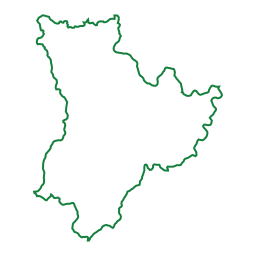 outline of Botumirim, Minas Gerais, Brazil
{"feature_id": "56859067B82959526320551", "entity_name": "Botumirim", "entity_type": "district", "adm_level": 2, "iso_a3": "BRA", "parent_name": "Brazil", "parent_adm1": "Minas Gerais", "projection": "mercator", "projection_center": [-43.005, -16.951], "detail": "fine", "context": "isolated", "style": "outline", "palette": "green", "viewbox_px": 256, "rotation_deg": 0, "n_neighbors": 0, "source": "geoboundaries", "source_scale": "gbopen_adm2", "svg_char_len": 5639}
<svg xmlns="http://www.w3.org/2000/svg" viewBox="0 0 256 256"><path d="M87.8,240.6L89.0,240.5L89.7,239.4L90.2,238.1L91.1,237.0L93.5,234.2L94.7,233.1L96.3,232.2L99.1,230.1L100.7,229.6L102.3,226.9L103.4,226.0L104.8,225.3L106.6,225.0L108.1,225.6L109.8,225.8L111.3,227.1L112.8,227.9L113.9,226.7L114.4,225.1L115.2,223.7L116.4,222.8L117.1,221.5L120.1,219.4L120.7,217.9L120.9,216.4L120.5,215.0L119.4,213.8L118.9,212.2L119.3,210.7L119.0,208.7L119.8,207.6L121.2,206.8L121.9,205.5L121.4,203.6L121.7,201.9L123.3,199.7L124.0,198.2L125.0,196.7L126.0,195.3L127.0,193.3L127.5,191.6L128.7,191.2L129.8,190.7L130.9,189.7L133.0,188.4L133.9,187.6L134.9,186.6L136.2,185.7L138.0,185.3L139.6,184.8L140.1,181.1L142.0,178.6L142.1,176.9L143.1,174.4L144.4,170.3L144.3,168.5L144.4,166.3L145.0,164.8L146.2,164.6L147.2,165.6L147.4,166.8L148.0,168.3L149.1,169.0L149.9,170.0L151.3,169.7L152.3,168.7L153.0,167.6L153.1,165.5L153.9,164.5L155.1,164.4L156.3,164.8L159.4,164.8L160.4,167.5L161.5,168.2L164.2,170.3L166.0,170.6L168.0,170.6L167.8,169.1L167.1,167.8L167.6,166.6L169.1,166.7L170.6,166.7L172.3,166.7L173.8,166.5L177.0,165.1L178.9,165.3L180.7,165.0L182.5,162.4L183.7,161.3L184.1,159.9L185.2,158.7L186.7,158.3L188.4,157.6L192.4,155.0L193.8,155.4L195.4,156.2L196.4,155.3L196.4,153.2L196.0,151.6L194.5,149.2L194.1,148.1L195.3,145.5L196.3,144.3L197.4,141.1L198.6,139.5L202.3,140.3L203.8,139.6L206.1,137.2L206.8,135.9L207.4,133.7L207.3,131.7L204.9,128.7L203.6,127.5L203.1,126.0L204.1,124.7L205.9,124.7L207.1,125.1L208.4,125.2L210.3,124.9L211.3,123.5L211.8,120.5L209.8,117.8L211.1,116.1L212.6,115.1L213.3,114.2L214.7,111.7L215.8,110.4L216.0,108.7L214.8,107.3L213.7,106.3L213.0,105.1L212.0,102.0L211.3,100.5L212.1,99.1L213.1,98.1L214.3,97.6L216.1,97.6L217.6,98.3L219.2,98.0L221.0,97.0L221.9,95.4L221.6,93.8L219.6,90.5L218.8,89.5L218.3,88.3L219.1,86.6L217.3,86.8L215.7,86.6L212.6,85.6L211.5,85.9L210.0,88.1L209.1,89.9L208.5,92.0L207.4,92.6L204.8,93.2L201.5,94.5L200.1,94.8L198.5,93.9L196.4,91.1L194.7,90.5L193.6,91.1L191.8,93.6L191.0,95.1L190.0,95.7L187.9,95.9L186.8,95.8L185.6,95.1L183.7,94.2L182.9,92.5L181.8,92.3L182.4,90.6L181.1,85.1L181.0,83.8L179.9,82.5L178.5,80.9L177.4,79.5L176.2,78.2L175.7,77.1L174.4,75.5L174.9,72.3L174.4,70.2L173.6,68.9L172.3,68.9L169.9,68.1L168.3,68.0L167.0,67.5L165.5,67.9L164.6,69.5L164.3,70.7L163.1,71.9L162.3,73.4L161.3,74.7L159.4,76.1L157.9,77.5L157.3,79.3L157.8,81.3L157.7,82.8L157.4,84.1L156.7,85.2L155.5,85.8L153.8,85.7L152.3,85.4L149.3,83.4L147.7,83.5L146.5,82.8L145.2,81.7L144.0,80.4L143.5,78.7L142.7,77.6L141.7,76.5L140.4,75.9L139.4,74.4L138.9,73.0L138.6,71.5L138.0,70.0L137.8,68.7L137.0,66.3L137.4,63.6L136.9,62.0L135.3,60.6L133.7,59.7L132.8,58.9L132.0,58.0L131.2,56.6L130.0,55.1L126.9,53.6L123.8,53.6L120.9,53.0L116.8,52.4L115.2,51.7L114.0,50.3L113.6,48.8L113.9,47.0L115.5,43.9L116.3,43.1L118.4,41.6L119.2,40.4L120.0,37.3L120.9,36.1L120.0,34.6L119.2,33.5L119.4,32.2L118.4,29.3L118.3,27.8L119.5,26.4L119.9,24.7L119.0,23.6L117.8,23.1L118.8,19.3L118.7,17.2L117.4,15.6L115.7,15.4L114.5,15.4L114.7,17.0L114.5,19.0L112.8,18.7L110.3,19.0L109.0,19.8L108.1,20.8L107.0,21.5L105.6,22.2L103.9,22.2L102.9,21.3L101.7,21.5L100.3,21.4L99.0,21.6L97.9,22.4L97.2,23.3L96.9,25.1L95.8,25.3L94.2,24.2L92.8,22.7L90.1,23.3L88.5,22.7L88.1,19.5L87.1,20.6L86.4,22.0L85.2,22.6L83.8,22.4L84.5,23.7L84.6,25.1L83.1,26.0L81.5,26.0L79.8,26.1L78.1,26.8L76.4,26.8L75.1,26.3L73.8,27.8L72.1,27.8L71.0,27.1L69.8,27.1L68.3,27.5L67.4,26.3L67.9,24.9L67.0,23.6L67.4,22.5L66.8,21.2L65.0,21.1L63.9,21.6L63.4,22.7L62.1,22.5L61.1,21.5L59.6,21.7L59.1,23.2L58.1,23.6L56.3,23.4L54.6,22.7L52.3,20.7L51.1,20.0L49.8,18.8L49.1,16.9L47.8,16.5L46.5,16.3L45.0,15.7L43.4,15.4L42.2,15.5L40.7,16.7L39.4,17.3L38.4,18.2L38.0,19.3L37.1,20.7L38.3,22.5L39.7,24.0L40.1,25.5L40.1,26.7L40.6,28.0L40.6,29.4L41.3,30.5L42.4,30.2L43.5,31.0L43.2,32.7L43.9,33.9L42.5,36.4L41.5,37.3L40.1,37.9L38.3,38.2L37.2,39.6L36.8,42.0L37.0,43.3L37.8,44.3L39.4,44.0L42.6,44.4L43.5,46.4L44.8,47.3L44.7,48.7L47.1,50.9L47.5,52.5L47.7,53.8L47.4,55.3L48.0,56.6L49.1,57.3L50.8,59.9L51.1,63.1L51.5,64.5L52.0,67.7L51.9,69.1L51.5,70.2L51.4,72.2L52.4,73.5L53.1,75.2L53.4,77.0L54.3,78.0L55.4,78.8L56.7,80.1L56.9,83.2L56.1,84.9L55.8,86.4L55.7,87.7L56.3,89.4L58.3,89.2L59.7,89.6L60.4,90.5L60.1,92.1L60.4,93.7L61.4,94.9L62.5,96.4L64.2,97.2L65.2,98.5L66.3,100.7L67.2,102.0L66.2,107.8L66.1,109.8L65.8,111.4L67.8,115.3L67.6,116.6L67.5,118.0L66.2,119.4L64.7,119.9L63.3,120.7L63.3,122.1L64.5,122.8L65.1,124.2L65.2,125.9L64.6,127.8L64.2,129.6L64.6,130.8L65.3,132.4L65.1,134.2L63.6,135.8L63.1,137.7L62.3,139.5L60.9,140.3L59.5,140.3L57.9,140.2L56.5,140.7L55.0,140.9L53.5,141.8L52.2,144.3L51.4,145.4L50.7,146.6L50.7,147.9L50.0,149.2L48.9,150.6L47.8,151.7L47.2,152.7L46.1,153.6L45.6,155.4L45.5,157.4L44.4,159.2L43.7,160.9L43.3,162.9L43.1,165.2L43.1,167.0L43.0,168.3L43.2,169.4L44.3,172.3L44.3,173.6L44.0,174.9L44.1,176.2L43.7,177.8L44.2,179.6L43.9,182.9L43.0,184.6L41.9,185.5L41.3,186.5L40.7,188.1L38.8,190.4L37.5,191.3L36.0,191.6L34.1,191.7L34.4,193.0L35.5,193.6L36.3,194.5L37.0,196.2L39.0,196.0L40.6,196.5L42.0,197.3L43.3,198.2L45.3,199.9L46.6,200.3L47.9,198.7L49.4,197.3L50.7,196.3L51.1,194.5L52.5,195.6L53.3,196.9L54.1,197.9L55.4,198.1L57.0,197.7L58.4,197.7L59.7,198.9L59.5,200.2L59.3,201.4L60.2,202.8L61.5,204.1L62.9,204.8L64.5,204.5L66.1,204.0L67.4,203.8L69.9,203.7L71.6,203.1L73.2,203.0L74.1,203.9L74.4,205.1L75.1,206.6L76.4,209.7L77.4,211.4L77.6,212.7L77.4,214.0L78.1,215.7L78.1,217.4L77.4,218.6L74.8,221.8L73.5,222.8L72.8,224.5L72.3,228.5L73.4,230.0L74.2,231.7L77.2,232.9L78.5,233.9L79.2,235.4L80.5,236.5L81.8,237.4L83.3,236.8L84.7,237.1L85.8,236.8L87.0,236.8L88.1,237.7L87.8,240.6Z" fill="none" stroke="#15803d" stroke-width="2"/></svg>